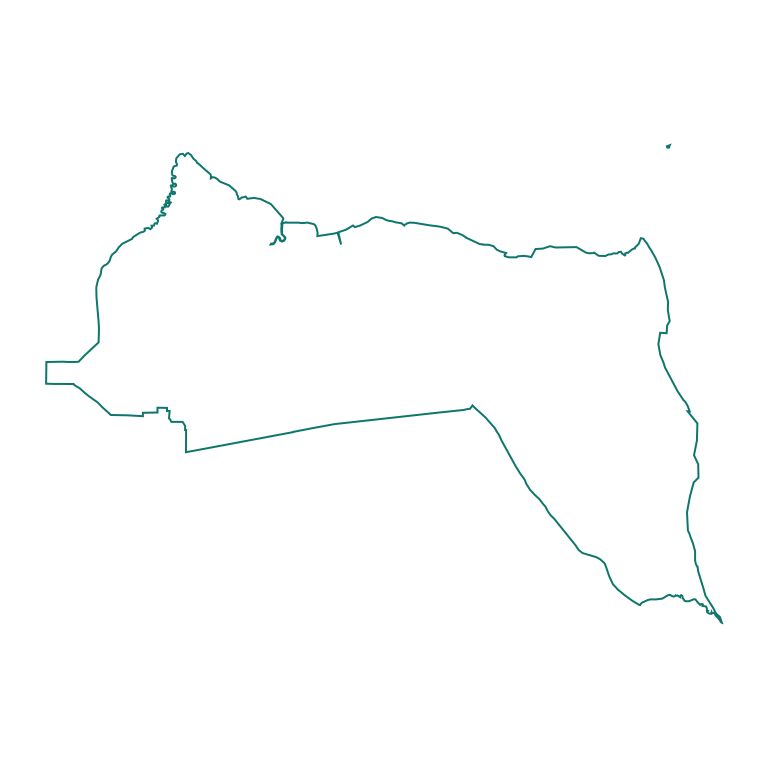 Tanjung Jabung Timur, Jambi, Indonesia (orthographic projection)
{"feature_id": "22746128B13468366985120", "entity_name": "Tanjung Jabung Timur", "entity_type": "district", "adm_level": 2, "iso_a3": "IDN", "parent_name": "Indonesia", "parent_adm1": "Jambi", "projection": "orthographic", "projection_center": [103.834, -1.266], "detail": "fine", "context": "isolated", "style": "outline", "palette": "teal", "viewbox_px": 768, "rotation_deg": 0, "n_neighbors": 0, "source": "geoboundaries", "source_scale": "gbopen_adm2", "svg_char_len": 6092}
<svg xmlns="http://www.w3.org/2000/svg" viewBox="0 0 768 768"><path d="M721.9,622.8L719.8,616.8L716.1,613.7L713.1,607.8L705.5,595.8L703.6,589.0L698.2,571.4L697.5,566.5L697.1,566.5L695.8,563.8L695.1,560.4L695.1,551.2L692.8,542.9L690.7,537.6L689.4,533.6L687.9,530.5L687.0,512.3L689.9,496.6L693.7,482.4L698.5,477.7L698.2,464.3L694.0,455.2L696.9,440.7L697.4,423.4L687.6,411.3L689.7,411.4L687.6,405.8L685.3,401.8L683.6,400.3L677.5,391.1L665.0,367.5L663.7,363.2L660.3,354.9L658.4,344.1L660.2,332.8L666.6,333.2L667.2,325.5L669.7,321.1L667.8,310.0L668.1,302.0L664.8,287.1L664.0,280.4L659.5,266.7L655.3,257.6L651.1,250.1L649.6,248.0L647.0,243.4L644.6,240.6L643.5,238.7L640.8,238.2L638.8,243.7L636.2,246.4L635.2,247.2L634.9,248.5L633.4,248.7L631.4,249.9L628.0,252.9L627.2,252.6L625.3,253.3L625.3,255.5L625.6,255.9L622.1,253.7L621.0,251.8L619.0,252.0L617.2,253.4L613.3,253.4L611.3,254.3L608.4,254.5L605.4,256.0L598.6,255.8L594.3,252.8L594.2,253.0L589.2,253.3L585.9,252.6L576.5,247.1L555.5,247.5L550.1,246.2L542.8,248.6L535.6,249.0L531.2,257.1L529.2,256.6L525.9,256.1L523.5,255.9L517.9,256.3L516.6,257.3L508.7,257.3L504.8,256.2L504.7,255.5L504.5,255.2L506.1,253.0L500.4,251.4L496.9,249.8L493.5,246.2L488.3,244.7L486.6,244.8L482.2,244.5L482.2,244.3L479.8,244.1L465.9,237.6L466.0,237.4L462.2,235.0L456.9,232.8L453.1,233.1L447.9,228.7L442.3,227.2L438.3,226.4L429.4,225.3L414.4,222.8L409.8,222.6L406.7,223.5L405.5,224.5L404.4,224.9L404.1,225.5L401.6,223.3L395.1,222.2L392.5,221.3L389.3,220.9L386.3,220.1L382.3,218.0L376.0,217.0L371.5,218.6L367.6,222.0L359.7,225.7L354.9,227.1L353.0,225.5L346.0,229.7L338.3,232.3L341.1,244.5L337.6,232.7L334.0,233.6L317.4,236.1L317.6,232.7L316.7,228.7L315.6,225.9L314.3,224.4L313.6,224.1L307.6,222.6L304.0,223.0L301.4,223.1L298.9,222.7L287.3,222.7L286.9,222.7L286.6,222.3L285.7,222.3L284.9,222.8L283.8,222.8L283.3,223.0L282.9,222.8L282.5,223.1L282.0,229.0L282.0,233.5L282.1,234.2L284.9,236.9L285.4,237.8L285.1,239.3L284.1,240.7L282.1,241.6L280.1,240.7L278.7,237.3L277.7,237.1L276.7,238.0L275.2,242.0L273.6,244.1L270.6,244.5L271.0,243.7L273.1,243.6L274.9,241.7L275.7,239.2L276.8,237.2L277.5,236.4L278.6,236.8L280.0,238.1L280.3,239.8L281.6,240.9L282.9,240.8L284.4,239.9L284.8,238.4L284.8,237.2L281.7,234.3L281.4,231.5L281.3,228.6L281.6,225.1L281.3,223.8L283.3,218.7L282.5,217.3L270.9,204.1L260.5,199.0L253.7,197.9L247.3,198.8L245.8,196.6L241.6,197.6L239.5,199.3L238.5,199.1L237.8,195.9L236.7,194.1L236.7,192.9L235.6,191.0L229.2,185.4L220.1,181.7L217.9,179.7L217.7,179.3L214.9,177.6L212.6,177.1L210.8,178.3L210.9,176.1L210.6,174.4L204.6,169.3L198.5,163.7L197.4,163.1L196.1,161.0L193.6,158.9L190.9,154.9L188.2,153.0L186.5,153.7L184.8,156.0L182.9,153.8L179.7,154.4L176.3,158.3L175.9,161.7L176.9,164.1L177.0,165.0L176.6,165.6L173.9,166.4L173.4,167.0L172.9,168.8L172.1,170.5L171.8,172.9L172.4,175.1L172.9,175.6L174.6,176.0L175.3,176.3L175.7,176.9L175.6,177.4L175.0,178.0L174.1,178.5L172.7,178.0L172.0,178.0L171.7,178.3L172.3,182.1L173.4,184.3L174.9,183.6L175.3,183.7L175.7,184.0L176.1,184.9L176.1,185.6L175.6,186.2L174.7,186.5L173.3,186.5L172.1,185.4L171.1,185.4L170.8,186.0L171.9,189.0L171.4,191.1L171.4,191.7L172.0,192.2L173.2,191.7L174.2,191.9L174.8,192.2L175.0,192.8L175.0,193.4L174.5,193.9L173.9,194.2L173.2,194.1L172.1,193.4L171.3,193.3L170.5,193.3L169.9,193.6L169.8,194.3L170.3,195.0L170.1,196.4L168.4,196.4L167.6,197.0L167.6,197.5L167.9,197.9L168.6,198.1L169.4,199.6L169.4,200.0L168.9,200.8L168.4,200.8L167.0,200.3L166.3,200.4L165.9,201.2L166.1,202.2L167.2,203.1L168.0,203.1L169.1,202.1L169.8,202.1L170.8,202.5L170.5,203.0L169.8,203.6L169.1,205.4L168.6,206.1L168.2,206.6L166.6,206.5L166.0,204.4L165.4,204.1L164.9,204.2L164.4,204.6L165.1,206.0L164.8,207.4L162.5,207.5L162.0,207.6L161.9,208.0L163.0,209.0L163.2,209.5L162.9,209.8L161.6,210.5L161.3,211.3L161.6,212.5L161.9,212.7L163.4,212.8L164.5,213.4L165.4,214.1L165.1,214.8L164.4,215.5L163.1,215.3L160.9,215.6L160.1,215.3L159.2,216.1L159.3,217.0L156.7,218.8L157.8,219.9L158.1,220.8L156.9,223.7L156.0,223.3L154.6,223.5L153.9,225.7L151.6,225.7L152.0,227.7L150.3,229.2L148.3,227.9L144.6,228.6L144.9,230.6L143.6,231.7L140.0,232.7L133.8,236.6L132.8,237.5L132.0,238.9L122.1,243.9L118.7,247.4L116.1,251.4L112.1,254.6L110.8,257.0L109.9,260.1L108.6,262.3L107.6,263.5L105.8,264.8L104.1,265.6L103.1,266.5L101.7,268.4L101.4,269.5L100.7,274.3L99.5,277.1L98.1,279.6L96.4,286.8L96.3,289.0L96.5,297.4L98.7,323.0L98.9,327.8L98.9,331.8L98.6,342.4L84.5,355.5L78.6,361.7L77.0,361.9L68.4,362.0L63.3,361.7L46.4,362.0L46.1,383.7L52.2,383.9L73.5,384.0L73.5,384.3L76.1,386.2L79.6,388.2L85.4,393.4L89.7,396.8L97.5,402.3L102.1,407.0L110.9,415.0L127.5,415.3L142.9,416.2L142.9,412.8L157.5,412.5L157.5,407.7L167.0,407.9L167.0,411.0L169.6,410.9L169.0,418.4L170.1,419.4L171.3,421.9L182.6,421.9L185.1,425.8L185.1,430.0L186.1,430.0L186.0,452.2L293.2,432.1L293.2,431.9L310.7,428.5L334.6,424.1L438.5,412.6L463.2,410.0L467.6,409.1L470.0,408.8L472.5,405.4L473.8,406.9L485.4,417.4L494.9,428.2L496.7,431.5L498.8,434.6L501.8,441.0L516.1,467.0L520.7,474.3L523.3,477.7L525.0,480.3L526.1,483.5L530.0,489.7L534.7,494.8L539.5,499.2L543.0,503.9L545.4,506.5L547.9,511.4L550.6,515.2L554.4,519.0L575.3,545.0L578.7,550.0L582.6,553.1L596.4,557.2L600.2,559.3L604.2,562.9L605.0,564.3L606.5,568.2L609.1,576.0L612.9,584.2L618.0,589.7L624.8,595.3L632.5,600.9L638.9,604.7L640.1,605.1L640.9,603.7L641.9,602.7L647.9,600.0L650.5,599.4L655.9,599.4L662.4,598.6L667.6,595.4L668.9,594.9L670.3,595.0L672.2,596.2L673.8,596.5L674.7,596.3L675.5,595.4L676.0,595.7L677.4,595.4L680.1,597.1L680.2,596.0L681.2,595.1L681.8,595.4L682.6,596.6L682.7,598.4L683.3,598.8L684.5,600.7L686.1,601.3L689.1,601.2L694.0,599.2L695.4,599.4L697.6,602.2L699.9,604.6L700.2,604.8L700.5,604.4L701.8,604.0L702.3,604.1L702.8,604.3L702.9,604.9L702.5,605.9L706.1,606.5L706.8,608.1L706.9,610.5L708.0,610.8L707.7,611.5L707.2,612.0L708.1,613.0L709.6,613.7L710.9,613.8L711.5,612.3L711.8,613.6L713.8,612.8L714.9,613.6L715.6,615.5L719.6,619.7L720.5,621.5L721.6,622.7L721.9,622.8ZM666.9,146.3L667.2,147.4L667.4,147.6L668.7,147.7L669.2,147.4L669.2,146.5L669.8,145.2L666.9,146.3Z" fill="none" stroke="#0f766e" stroke-width="2"/></svg>